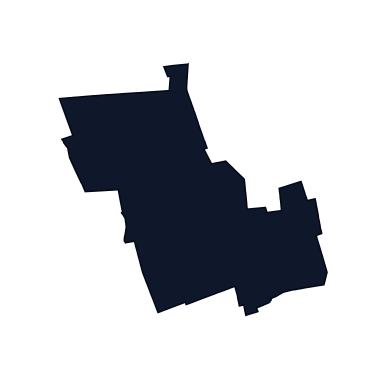 Sahateni, Buzau, Romania (Albers equal-area conic projection), rotated 191°
{"feature_id": "2599482B74966018591797", "entity_name": "Sahateni", "entity_type": "district", "adm_level": 2, "iso_a3": "ROU", "parent_name": "Romania", "parent_adm1": "Buzau", "projection": "albers", "projection_center": [26.561, 45.012], "detail": "fine", "context": "isolated", "style": "filled", "palette": "ink", "viewbox_px": 384, "rotation_deg": 191, "n_neighbors": 0, "source": "geoboundaries", "source_scale": "gbopen_adm2", "svg_char_len": 5743}
<svg xmlns="http://www.w3.org/2000/svg" viewBox="0 0 384 384"><g transform="rotate(191 192 192)"><path d="M339.9,258.4L336.7,253.0L335.0,250.2L330.6,242.8L327.5,237.6L324.3,232.3L319.7,224.6L324.1,222.1L329.8,218.9L329.5,218.5L329.0,218.2L328.4,217.9L328.2,217.6L327.3,215.9L326.2,214.9L325.4,214.2L325.2,214.0L324.3,213.0L322.5,211.8L321.6,209.6L321.2,208.6L320.5,206.8L318.6,202.2L313.8,195.4L311.5,192.2L311.2,191.8L310.8,191.3L310.4,190.6L309.9,190.0L309.7,189.7L309.3,189.1L306.1,184.8L302.4,179.8L301.6,179.0L301.0,178.2L296.9,172.0L295.3,172.4L281.5,175.9L264.8,180.2L263.6,177.2L260.7,169.8L257.5,161.9L256.4,159.3L257.2,158.1L254.9,156.1L254.6,155.6L252.7,153.6L250.9,148.6L249.9,145.2L249.7,143.2L249.7,141.9L249.6,141.5L249.6,140.3L249.6,139.2L249.5,138.9L249.5,137.5L249.5,136.6L249.6,136.2L249.6,134.4L249.5,133.3L249.3,131.7L249.0,130.9L248.4,130.4L247.6,129.4L247.4,129.4L247.3,129.5L247.0,129.7L246.7,129.9L246.1,130.1L244.5,130.7L244.1,130.8L243.7,131.0L239.3,132.6L238.7,132.0L238.2,131.0L237.0,128.2L236.2,126.6L235.5,125.2L234.8,123.9L233.1,120.1L231.2,116.3L231.1,116.2L228.6,110.8L228.0,109.6L227.1,107.8L225.3,104.1L224.8,103.2L224.1,102.0L221.3,97.6L219.9,95.2L218.6,93.3L216.6,90.1L214.8,87.2L213.8,85.4L213.5,85.1L212.5,83.4L210.7,80.7L209.7,79.1L208.9,77.8L208.4,77.0L207.5,75.5L206.7,74.3L205.8,72.7L205.1,71.8L205.1,71.6L203.3,68.8L203.1,68.4L202.9,68.1L202.3,67.2L196.9,70.6L193.1,72.9L193.1,73.0L177.4,82.6L176.9,81.6L176.3,80.4L175.9,80.6L169.5,84.5L163.5,88.3L159.1,91.0L157.1,92.2L152.2,95.2L150.1,96.5L148.5,97.6L145.0,99.6L143.2,100.7L142.9,100.9L140.3,102.4L139.8,102.8L137.1,104.4L136.5,104.9L135.1,105.7L133.6,106.6L132.1,107.6L131.6,106.9L130.6,105.0L130.4,104.6L130.3,104.3L130.2,104.1L128.9,101.5L128.5,100.8L128.1,100.1L126.6,96.0L125.9,94.4L124.6,91.3L123.8,89.2L123.7,89.2L122.9,89.6L121.5,90.2L119.6,91.0L118.7,88.8L117.5,85.7L116.9,84.3L115.6,81.2L115.2,81.5L113.9,82.1L113.6,82.3L113.2,82.6L112.2,83.1L111.3,83.6L109.5,84.5L108.9,84.9L108.0,85.3L107.2,85.7L106.2,86.2L105.2,86.8L104.8,87.0L104.5,87.2L104.8,87.6L105.1,88.1L106.6,90.6L106.4,90.8L106.1,90.9L105.6,91.2L105.2,91.4L104.8,91.7L104.1,92.1L103.7,92.4L103.1,92.7L102.4,93.3L101.5,93.8L101.2,94.0L99.9,94.9L98.8,95.7L98.4,96.0L98.1,96.2L97.8,96.3L97.4,96.6L97.1,96.8L96.2,97.4L95.5,98.0L95.2,98.3L95.0,98.5L94.8,98.8L94.6,98.9L94.6,99.1L94.5,99.8L94.3,100.1L93.8,100.7L93.7,100.9L93.7,101.2L93.9,101.6L94.4,102.2L94.5,102.2L94.3,102.4L94.0,102.6L93.7,102.7L92.8,103.4L92.8,103.5L92.7,103.5L92.3,103.8L91.8,104.1L91.5,104.3L90.9,104.7L90.8,104.8L90.5,104.9L90.2,105.1L89.5,105.6L89.0,106.1L88.4,106.6L87.5,107.4L87.4,107.5L87.0,107.9L86.9,108.0L86.5,108.3L86.4,108.4L85.9,108.8L85.4,109.2L85.0,109.6L84.6,110.0L83.8,110.6L82.5,111.4L82.0,111.7L78.4,113.3L77.4,113.8L75.7,114.6L73.8,115.4L71.7,116.0L69.8,116.8L67.6,117.6L65.8,118.3L63.4,119.3L59.7,120.7L57.4,121.5L53.9,122.8L51.8,123.6L49.9,124.3L48.6,124.7L45.0,126.1L44.8,126.1L44.8,126.8L44.7,128.0L44.6,128.9L44.5,130.8L44.4,133.2L44.4,134.2L44.3,136.2L44.1,138.4L44.1,138.8L44.4,139.5L45.5,141.7L45.9,142.4L46.9,144.3L47.5,145.6L47.9,146.3L49.0,148.3L49.3,149.0L50.6,151.5L51.7,153.7L52.2,154.7L52.8,155.7L53.9,157.9L54.2,158.4L55.5,160.9L56.1,162.1L56.8,163.3L57.7,165.1L59.7,168.8L60.7,170.7L61.0,171.5L61.6,172.7L61.8,173.0L56.8,176.0L57.3,177.4L58.1,179.1L58.8,180.4L59.1,181.1L59.3,181.2L59.4,181.9L59.6,182.4L59.7,182.9L59.9,183.5L60.3,184.4L60.6,185.1L60.9,185.8L61.4,187.3L62.4,189.5L62.7,190.3L63.1,191.3L63.2,191.6L63.5,192.7L63.9,193.8L64.1,194.5L64.6,195.7L65.9,198.9L66.2,199.7L66.8,201.1L67.3,202.3L67.6,203.2L68.1,204.4L68.8,206.3L69.2,207.1L69.9,208.8L70.6,208.5L71.5,208.1L72.2,207.8L73.5,207.2L77.2,205.5L77.9,206.8L78.5,207.9L79.3,209.3L80.1,210.6L80.7,211.7L81.2,212.6L81.7,213.6L82.5,215.0L82.9,215.7L86.8,222.8L87.0,223.1L88.6,222.3L90.0,221.5L91.2,220.8L93.5,219.6L94.2,219.1L95.0,218.8L95.9,218.3L96.6,217.9L97.4,217.4L98.6,216.8L101.1,215.4L105.4,213.1L107.1,212.2L107.0,211.8L106.5,210.4L106.1,209.1L105.1,206.1L104.8,205.3L104.5,203.8L104.1,202.4L103.5,200.8L103.2,200.1L103.0,199.1L102.5,197.6L101.7,194.6L101.2,193.0L100.9,191.4L100.9,190.9L100.9,190.6L103.2,189.9L105.7,189.1L107.4,188.5L110.2,187.6L114.4,186.1L117.0,190.8L131.7,186.5L134.6,185.7L135.3,187.9L136.3,191.6L137.8,196.7L138.2,198.1L139.0,200.8L139.6,202.5L140.4,205.2L140.7,206.4L141.5,209.1L142.9,213.6L143.2,214.6L148.5,218.0L152.5,220.6L153.8,221.4L156.2,223.1L158.7,224.7L160.4,225.8L164.6,228.6L164.8,228.8L166.4,228.1L168.0,227.5L170.3,226.5L172.0,225.8L173.4,225.3L174.0,225.1L175.8,224.3L178.2,223.3L178.3,223.4L179.2,224.6L179.5,225.0L183.0,229.4L185.7,232.8L186.1,233.4L186.9,234.3L187.4,234.9L188.0,235.5L188.4,235.9L188.6,236.1L185.6,238.1L186.9,240.1L189.0,243.9L189.1,244.0L189.3,243.9L190.7,246.2L190.7,246.3L193.3,250.8L195.1,253.9L195.2,254.1L195.3,254.2L195.4,254.3L198.3,259.3L198.8,260.2L198.8,260.3L200.3,263.0L203.2,268.1L203.3,268.3L204.6,270.5L205.0,271.0L206.5,273.7L208.0,276.3L208.6,277.2L210.6,280.7L211.4,281.9L214.5,287.2L215.5,288.9L216.4,290.6L216.7,291.2L217.0,292.4L217.4,294.4L217.8,297.4L220.3,316.8L220.4,316.7L230.6,313.7L235.3,312.3L243.5,309.5L243.2,309.1L242.8,308.5L238.0,300.8L235.3,301.3L233.7,287.1L234.9,286.8L240.2,285.4L241.4,285.1L243.0,284.6L243.5,284.5L246.7,283.7L250.2,282.7L250.6,282.6L252.2,282.2L253.3,281.9L254.9,281.5L256.2,281.1L257.7,280.7L265.0,278.8L265.5,278.7L270.8,277.3L274.3,276.4L275.2,276.2L275.8,276.0L277.0,275.7L279.6,275.0L281.3,274.5L286.1,273.2L289.5,272.3L290.7,272.0L295.4,270.8L302.9,268.7L307.9,267.4L312.9,266.0L318.2,264.5L322.0,263.4L327.2,262.0L327.5,261.9L328.3,261.6L329.1,261.4L329.5,261.3L329.9,261.2L334.9,259.8L335.1,259.7L339.9,258.4Z" fill="#0f172a" stroke="#020617" stroke-width="1.5"/></g></svg>